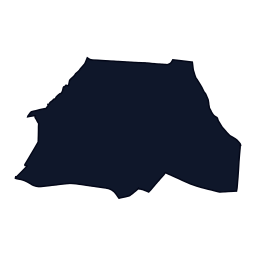 Coyoacán, Distrito Federal, Mexico (Mercator projection)
{"feature_id": "50627088B91322923127340", "entity_name": "Coyoacán", "entity_type": "district", "adm_level": 2, "iso_a3": "MEX", "parent_name": "Mexico", "parent_adm1": "Distrito Federal", "projection": "mercator", "projection_center": [-99.152, 19.328], "detail": "fine", "context": "isolated", "style": "filled", "palette": "ink", "viewbox_px": 256, "rotation_deg": 0, "n_neighbors": 0, "source": "geoboundaries", "source_scale": "gbopen_adm2", "svg_char_len": 5447}
<svg xmlns="http://www.w3.org/2000/svg" viewBox="0 0 256 256"><path d="M154.6,63.7L152.3,63.6L150.0,63.3L149.4,63.2L148.1,63.1L146.8,63.0L146.1,63.0L145.7,62.9L145.0,62.9L144.1,62.8L142.4,62.8L140.0,62.7L138.9,62.7L137.2,62.6L135.4,62.5L132.9,62.4L132.1,62.3L130.4,62.2L130.0,62.2L128.8,62.1L126.4,62.0L125.3,61.9L123.4,61.8L118.7,61.5L118.4,61.5L116.0,61.4L113.9,61.2L111.0,61.1L108.1,60.9L104.6,60.7L101.5,60.5L98.6,60.3L96.9,60.2L93.9,60.1L92.6,60.0L91.3,59.8L90.5,59.6L90.0,59.5L89.7,59.3L89.1,59.0L87.3,57.8L85.8,61.5L85.1,63.1L85.0,63.4L84.5,64.1L83.3,65.5L82.0,67.0L80.4,68.8L79.8,69.7L79.4,70.3L78.6,71.1L78.1,71.6L76.0,73.4L75.8,73.6L75.6,73.7L75.5,74.0L75.0,74.7L74.8,75.1L74.7,75.3L73.3,76.7L73.0,77.0L71.3,78.5L70.6,79.2L70.2,79.6L69.9,80.0L69.6,80.5L69.5,80.9L68.6,85.4L68.4,85.4L68.3,85.5L68.2,85.5L68.0,85.8L66.0,85.2L64.8,86.5L64.5,86.7L64.1,86.9L63.7,86.9L63.2,87.9L63.1,88.5L62.8,89.8L62.6,90.6L62.5,90.9L62.3,91.4L62.0,92.1L61.6,92.8L61.2,93.4L60.6,93.5L60.2,93.6L59.7,93.9L58.4,94.9L57.1,96.1L56.0,97.3L55.8,98.0L55.6,98.5L55.4,98.7L54.3,99.1L53.6,99.3L52.9,100.2L52.4,100.7L51.6,101.3L50.4,102.2L49.7,103.0L48.5,104.8L47.9,104.6L48.1,106.1L47.3,106.7L46.4,108.0L46.0,108.6L45.7,108.5L45.4,108.6L45.0,108.6L42.0,109.2L39.6,109.7L37.8,110.2L35.6,110.8L34.0,111.1L32.4,111.5L32.0,111.6L31.6,111.7L31.2,111.9L30.9,112.2L30.6,112.5L30.2,112.9L29.2,114.3L28.4,115.4L27.9,116.1L27.7,116.8L30.2,116.3L34.0,115.7L34.7,115.7L34.9,115.7L35.1,115.8L35.3,115.9L35.2,116.4L35.1,116.5L35.1,117.2L35.2,117.5L35.4,118.0L35.8,118.6L36.5,119.6L37.4,121.5L38.1,122.6L38.7,123.5L38.5,126.8L38.5,130.4L38.4,135.8L38.3,138.6L38.3,139.3L38.2,141.8L38.1,142.2L34.7,148.1L30.2,155.7L27.6,160.1L25.1,164.2L25.0,164.4L24.9,164.5L24.9,164.9L24.9,165.1L24.9,165.3L25.0,165.5L26.1,165.6L26.5,165.6L27.0,166.1L26.3,166.9L26.0,167.3L23.8,169.5L22.2,171.2L16.4,177.0L16.1,176.8L16.0,176.6L15.9,176.4L15.9,176.1L15.4,178.0L15.4,178.3L16.8,178.7L17.8,178.9L18.3,179.0L19.9,179.3L20.7,179.4L21.8,179.7L22.8,180.0L24.8,180.7L27.1,181.8L28.6,182.6L29.4,183.1L30.3,183.6L30.8,183.9L31.5,184.4L32.2,184.8L33.5,185.4L34.5,185.7L35.4,186.0L36.1,186.2L37.2,186.4L38.0,186.5L38.4,186.6L39.2,186.6L40.1,186.6L41.3,186.5L49.5,185.6L52.3,185.2L52.7,185.2L56.6,184.8L57.1,184.7L57.6,184.6L60.9,184.2L63.0,184.0L63.8,183.9L64.8,183.8L66.7,183.6L68.3,183.5L69.0,183.4L70.0,183.4L71.2,183.4L72.8,183.5L75.4,183.7L75.8,183.7L76.5,183.8L77.0,183.9L78.4,184.1L79.7,184.3L81.0,184.4L82.3,184.6L83.6,184.8L84.8,185.0L87.3,185.4L87.7,185.4L88.9,185.6L90.1,185.8L90.4,185.8L91.2,185.9L91.5,186.0L94.1,186.3L94.8,186.4L95.2,186.5L96.0,186.6L96.6,186.7L98.0,186.9L100.2,187.2L102.9,187.6L106.0,188.0L106.6,188.2L107.2,188.3L107.8,188.4L108.6,188.6L109.2,188.8L110.3,189.3L111.5,189.8L112.0,190.2L112.6,190.6L114.0,191.7L114.4,192.0L114.8,192.5L115.3,193.1L116.4,194.5L117.3,195.8L117.6,196.3L119.0,198.2L119.5,198.1L120.5,197.8L122.0,197.5L123.4,197.2L125.0,196.9L128.6,196.0L129.0,195.9L129.3,195.7L129.7,195.6L130.2,195.2L130.8,194.7L131.6,194.2L132.9,193.2L133.9,192.3L135.7,190.9L136.9,189.8L137.6,189.3L138.1,188.8L138.6,188.2L139.2,189.0L139.6,189.0L140.3,189.0L141.3,189.3L142.3,189.5L143.1,189.7L144.5,190.3L145.6,190.7L147.1,191.3L148.7,192.0L149.2,191.4L150.5,190.1L151.6,188.8L153.1,187.0L153.9,186.1L154.9,184.9L155.5,184.1L156.3,183.3L156.4,183.1L157.0,182.5L157.1,182.3L157.5,181.8L157.9,181.4L158.1,181.2L158.7,180.6L160.3,178.6L161.8,177.0L162.4,176.3L163.6,175.0L165.4,172.6L169.4,174.5L170.1,174.7L172.2,175.7L176.4,177.6L177.6,178.1L180.4,179.4L182.0,180.2L183.6,180.9L186.3,182.1L186.6,182.2L190.2,183.8L191.3,184.2L192.2,184.5L194.5,185.3L196.8,186.1L201.9,187.6L203.2,187.9L205.8,188.6L208.5,189.3L209.9,189.6L211.3,189.9L212.4,190.2L213.4,190.5L214.6,190.8L217.7,191.6L218.8,191.8L219.2,192.0L219.3,192.0L220.1,192.0L220.9,192.0L221.3,191.9L223.1,191.8L223.4,191.8L223.7,191.8L225.2,191.7L225.8,191.7L226.9,191.6L228.1,191.5L230.2,191.4L230.7,191.4L234.2,191.2L235.9,191.1L236.5,191.1L237.0,188.3L237.3,185.0L237.6,181.1L238.0,176.6L238.0,176.1L238.5,169.0L238.9,162.1L239.5,154.5L240.1,148.0L240.2,145.4L240.6,145.4L240.5,144.9L240.4,144.3L240.2,143.9L239.7,143.2L238.8,142.1L237.8,141.0L237.2,140.4L236.9,140.0L236.2,139.5L235.1,138.7L233.6,137.8L232.8,137.3L231.4,136.5L230.6,136.1L230.3,135.9L229.8,135.6L229.5,135.3L226.6,132.3L225.9,131.4L223.8,129.0L222.7,127.8L221.9,126.8L219.8,123.3L219.0,122.0L218.4,121.0L218.2,120.7L218.0,120.1L217.6,118.8L217.4,118.2L217.2,117.9L216.9,117.5L216.4,117.2L214.9,116.3L214.2,115.8L213.5,115.1L213.0,114.5L211.4,112.0L211.3,111.8L211.2,111.5L210.8,110.6L210.0,109.1L209.6,108.5L209.3,107.6L209.2,106.9L209.1,106.2L209.0,105.8L209.0,105.5L208.8,104.6L208.7,103.9L208.7,103.3L208.5,102.0L208.4,101.4L208.3,100.7L208.2,100.3L208.2,100.1L208.1,99.8L208.0,99.4L206.8,96.6L206.7,96.4L206.4,95.6L205.8,94.3L205.6,93.9L205.5,93.7L205.2,93.3L204.7,92.7L204.4,92.4L204.0,91.8L202.7,89.2L202.0,87.7L200.5,85.1L197.4,80.1L196.8,79.2L196.1,78.3L195.9,78.0L194.8,75.1L194.5,74.0L193.8,71.7L193.4,70.4L193.1,68.8L192.5,63.6L192.3,62.1L183.2,61.0L179.0,60.5L178.7,60.5L178.1,60.4L172.8,59.8L172.5,60.5L172.3,60.7L171.6,61.9L171.3,62.4L170.8,62.9L170.5,63.2L170.3,63.3L170.1,63.5L169.7,63.7L169.2,64.0L168.8,64.1L168.0,64.5L167.6,64.6L167.0,64.6L166.3,64.6L166.1,64.6L165.7,64.5L165.3,64.5L163.7,64.4L162.8,64.3L162.1,64.3L160.7,64.2L160.0,64.1L159.0,64.1L155.8,63.9L154.6,63.7Z" fill="#0f172a" stroke="#020617" stroke-width="1.5"/></svg>